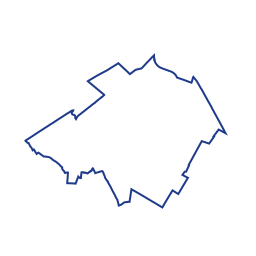 outline of Dobrosloveni, Olt, Romania, rotated 196°
{"feature_id": "2599482B22275602888784", "entity_name": "Dobrosloveni", "entity_type": "district", "adm_level": 2, "iso_a3": "ROU", "parent_name": "Romania", "parent_adm1": "Olt", "projection": "orthographic", "projection_center": [24.382, 44.168], "detail": "fine", "context": "isolated", "style": "outline", "palette": "blue", "viewbox_px": 256, "rotation_deg": 196, "n_neighbors": 0, "source": "geoboundaries", "source_scale": "gbopen_adm2", "svg_char_len": 5452}
<svg xmlns="http://www.w3.org/2000/svg" viewBox="0 0 256 256"><g transform="rotate(196 128 128)"><path d="M155.1,187.6L155.6,187.0L160.9,181.2L161.1,181.1L162.0,179.9L164.4,177.3L165.1,176.7L166.7,175.1L171.7,170.3L173.2,168.7L178.0,163.6L179.0,162.5L179.5,161.9L163.6,154.9L160.7,153.7L160.4,153.5L160.0,153.2L160.9,151.8L161.0,151.6L161.1,151.3L161.4,150.7L161.6,150.6L161.8,150.5L161.9,150.4L162.4,149.7L162.6,149.3L163.0,148.8L163.1,148.6L163.5,148.1L164.0,147.4L164.9,146.1L165.1,145.8L165.2,145.6L165.3,145.2L165.5,145.1L165.7,144.9L165.8,144.8L165.9,144.7L166.0,144.5L166.5,143.8L166.5,143.7L166.6,143.3L167.0,143.0L167.2,142.7L167.4,142.3L168.2,141.3L168.4,141.2L168.5,141.0L168.8,140.6L169.7,139.3L169.8,139.1L170.4,138.2L171.8,136.4L172.1,136.0L173.4,134.1L174.5,132.6L175.2,131.6L176.5,129.9L176.8,129.4L177.9,127.9L178.4,127.2L178.6,126.9L179.1,126.3L179.3,126.0L179.5,125.6L179.7,125.2L179.8,124.9L180.0,124.4L180.1,124.0L180.2,123.6L180.3,122.7L180.4,122.2L181.1,122.7L181.3,123.0L181.5,123.2L181.6,123.4L181.7,123.9L182.2,125.0L182.4,125.3L182.6,125.5L183.0,125.6L183.6,125.7L183.9,125.7L184.3,125.7L184.6,125.6L185.0,125.7L185.4,125.9L185.7,126.1L185.8,126.3L186.0,126.5L186.2,127.0L186.5,127.5L186.5,127.8L186.4,128.0L186.1,128.3L185.9,128.5L185.7,128.7L185.6,129.0L185.6,129.3L185.5,129.6L185.5,129.9L185.8,129.8L186.0,129.7L186.7,129.2L186.9,129.0L187.1,128.9L187.3,128.6L187.8,128.0L190.4,125.1L191.2,124.3L194.6,120.3L196.2,118.5L200.8,113.2L202.2,111.5L203.4,110.3L204.9,108.5L206.7,106.5L207.9,105.1L214.2,97.9L217.4,94.1L220.0,91.1L221.3,89.6L221.9,89.0L223.1,87.6L223.0,87.4L222.8,87.3L222.4,87.1L221.9,86.8L221.6,86.7L221.2,86.5L220.8,86.3L220.5,86.1L219.9,85.9L219.7,85.9L219.4,86.1L219.2,85.9L218.4,85.1L217.2,83.7L216.7,83.2L216.1,83.0L215.7,82.7L215.1,82.2L214.6,81.6L213.5,80.3L212.6,81.4L211.8,80.7L211.5,80.5L211.2,80.2L210.8,79.8L210.6,79.6L209.8,78.9L209.2,78.5L208.7,77.9L207.8,79.0L207.4,79.6L205.2,78.9L204.8,78.7L204.4,78.5L203.7,78.3L201.9,77.7L201.5,77.5L201.1,77.5L200.9,77.4L200.8,77.5L200.7,77.5L200.2,77.6L199.7,77.7L199.1,77.8L198.6,77.9L198.3,78.0L197.1,78.1L196.2,78.2L195.7,78.2L195.0,78.1L193.9,77.8L193.2,77.5L191.3,76.6L190.5,76.4L189.5,76.1L188.0,75.7L187.4,75.5L186.6,75.1L185.4,74.6L184.6,74.3L183.9,73.9L183.3,73.5L182.9,73.2L181.8,72.6L180.5,72.1L180.4,72.0L180.4,71.8L180.1,71.1L180.1,70.7L178.9,69.6L178.1,69.3L177.4,68.8L176.7,67.8L176.5,67.5L176.3,67.4L176.1,67.4L175.9,67.4L175.8,67.5L175.7,67.7L175.5,67.9L175.2,68.0L174.7,68.2L173.9,68.6L173.4,68.6L173.3,68.0L173.0,66.6L172.2,63.1L171.9,61.3L171.2,58.2L169.7,58.6L167.8,59.0L166.4,59.4L165.5,59.6L165.3,59.6L164.8,59.7L164.3,59.9L163.9,59.9L163.3,60.1L163.0,60.1L162.8,63.0L162.6,65.5L162.4,67.6L162.1,67.4L161.8,67.3L161.7,67.2L161.3,67.1L161.2,67.0L160.9,66.8L160.7,66.8L160.4,66.7L159.7,66.7L159.5,66.8L159.5,67.0L159.5,67.3L159.6,67.7L159.7,68.2L159.9,69.0L160.0,69.9L160.2,70.6L160.2,71.1L160.3,71.8L160.4,72.1L160.5,72.5L160.1,72.8L159.4,72.9L159.0,73.2L158.9,73.2L158.7,73.1L158.5,72.9L158.2,72.8L157.8,72.8L157.7,72.9L157.5,73.1L157.3,73.3L157.1,73.4L156.9,73.4L156.8,73.2L156.7,73.2L156.0,73.3L155.8,73.3L155.6,73.3L155.2,73.1L154.9,73.1L154.7,73.1L154.4,73.2L154.3,73.4L154.1,73.5L153.9,73.7L153.6,74.4L153.4,74.6L153.3,74.8L153.1,74.9L152.9,75.0L152.5,75.4L152.5,75.7L152.5,75.8L152.4,76.0L152.2,76.3L151.9,76.5L151.9,76.3L151.7,76.3L151.3,76.9L151.4,77.0L151.4,77.3L151.3,77.6L150.9,78.0L150.7,78.4L150.7,78.6L150.8,78.7L150.8,78.8L151.0,78.9L150.8,79.3L150.7,79.5L150.2,79.1L149.3,78.2L149.0,77.9L148.2,76.9L147.2,75.8L147.0,75.6L146.4,76.1L145.9,76.4L144.7,77.1L144.0,77.6L142.6,78.5L142.2,78.7L141.7,79.0L141.3,79.3L141.2,79.4L140.7,79.4L140.4,79.3L140.3,79.2L140.0,78.8L139.7,78.4L139.4,78.1L139.0,77.8L138.7,77.2L138.3,76.6L137.7,76.0L137.3,75.5L136.9,74.9L136.6,74.3L136.4,74.0L135.8,73.5L135.1,72.7L134.2,72.0L132.9,71.3L132.8,71.2L132.9,70.9L132.7,70.7L129.1,67.2L127.5,65.5L126.1,64.0L125.3,63.1L124.7,62.5L123.7,61.5L121.8,59.6L120.8,58.3L119.5,57.0L118.9,56.4L118.4,56.0L118.0,55.3L117.2,53.9L116.6,53.0L115.5,50.9L114.7,51.4L113.8,52.1L113.4,52.5L113.0,52.9L111.2,55.4L109.9,56.0L108.1,56.8L106.4,57.5L106.2,57.5L107.8,70.1L94.0,66.6L88.0,65.0L79.4,62.8L79.1,62.7L73.1,61.1L71.6,67.1L68.0,80.3L61.5,78.4L57.4,94.0L56.7,96.6L62.7,97.9L61.8,100.6L61.5,101.5L61.0,101.9L60.8,102.0L60.1,102.1L59.0,108.8L59.5,109.1L57.5,117.9L55.4,127.3L53.5,135.7L45.7,135.4L45.5,136.0L42.9,143.3L43.5,143.5L42.5,146.0L40.4,151.5L32.9,149.9L34.5,151.5L35.2,152.4L40.7,158.0L41.8,159.2L42.7,160.1L43.8,161.1L44.9,162.3L46.9,164.3L48.9,166.3L50.7,168.2L52.1,169.5L52.7,170.2L53.8,171.4L56.5,174.1L58.6,176.1L59.5,177.0L61.1,178.7L61.7,179.2L67.0,184.6L69.6,186.9L71.2,188.5L72.3,189.6L75.2,192.3L75.6,192.6L77.5,193.9L79.3,195.1L79.4,194.8L79.4,193.3L79.4,189.1L79.5,189.0L87.2,189.6L94.8,190.0L95.3,190.6L96.4,191.7L97.0,192.2L97.5,192.5L98.0,192.8L98.6,193.1L99.3,193.4L100.5,193.8L102.2,194.1L111.1,194.7L113.5,195.0L113.9,195.1L114.8,195.3L115.7,195.6L116.0,195.7L116.3,195.9L117.2,196.4L117.8,196.8L118.5,197.3L119.2,197.8L119.7,198.4L120.1,198.9L120.5,199.6L121.0,200.3L121.2,200.8L121.5,200.6L121.8,201.3L123.0,205.0L124.6,202.2L125.5,200.4L127.4,196.8L128.3,195.2L129.0,193.7L129.6,192.5L130.4,190.9L131.3,189.3L131.4,189.1L131.5,188.9L132.4,188.5L136.6,186.1L136.8,185.9L137.6,184.9L137.9,184.5L140.4,181.1L141.0,180.3L145.3,182.6L149.4,184.6L151.8,185.9L155.1,187.6Z" fill="none" stroke="#1e3a8a" stroke-width="2"/></g></svg>